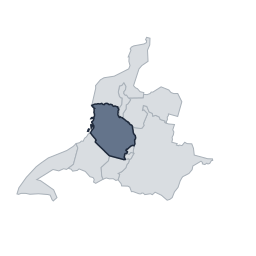 map of United Republic of Tanzania with Democratic Republic of the Congo, Somalia, Kenya and 6 others greyed out, rotated 195°
{"feature_id": "TZA", "entity_name": "United Republic of Tanzania", "entity_type": "country or territory", "adm_level": 0, "iso_a3": "TZA", "parent_name": "Africa", "parent_adm1": "", "projection": "mercator", "projection_center": [35.057, -6.356], "detail": "fine", "context": "with_neighbors", "style": "filled", "palette": "slate", "viewbox_px": 256, "rotation_deg": 195, "n_neighbors": 9, "source": "natural_earth", "source_scale": "50m", "svg_char_len": 8559}
<svg xmlns="http://www.w3.org/2000/svg" viewBox="0 0 256 256"><g transform="rotate(195 128 128)"><path d="M117.0,107.0L118.1,116.9L117.7,119.3L118.6,122.0L121.3,124.6L123.8,130.5L122.0,130.0L114.5,131.4L113.2,134.4L114.2,136.5L112.8,146.8L117.3,149.5L118.6,148.6L119.0,153.7L115.4,153.7L111.8,149.0L108.3,148.4L107.2,145.9L104.4,147.4L100.7,146.7L99.1,144.6L94.0,144.3L93.7,142.8L90.0,142.4L84.0,143.4L84.3,137.8L82.7,136.1L82.4,133.2L83.0,130.4L82.1,128.5L82.0,125.6L76.4,125.6L76.8,124.0L74.4,124.0L74.2,124.8L71.3,125.0L69.5,128.9L66.9,128.2L62.3,129.2L59.5,125.3L57.0,119.0L43.3,118.9L38.4,120.0L37.8,118.6L39.0,118.1L39.9,114.9L41.5,113.9L42.8,114.4L44.3,112.6L46.9,112.6L47.2,114.0L48.9,114.8L55.5,108.1L55.3,104.3L57.4,99.8L62.5,95.2L63.1,93.7L63.9,90.4L64.3,83.6L66.6,78.3L67.3,72.2L69.1,69.9L71.5,68.4L78.3,71.7L85.2,73.0L87.2,69.9L89.3,70.3L94.5,68.0L96.3,69.0L97.8,68.8L98.5,67.7L100.2,67.3L106.7,67.9L108.2,67.4L111.0,71.3L113.1,71.8L119.1,70.4L120.2,72.4L124.2,75.4L124.0,80.9L125.8,81.5L122.5,84.4L119.8,88.9L119.5,92.7L118.5,94.4L118.4,97.9L117.1,99.2L115.8,104.9L117.0,107.0Z" fill="#d9dde1" stroke="#a8b0b8" stroke-width="1"/><path d="M171.3,95.7L171.3,78.8L176.6,72.1L179.6,72.0L183.7,68.7L189.7,68.5L202.8,54.5L198.9,54.5L183.8,49.0L178.6,42.4L181.3,38.2L182.8,39.1L185.8,43.0L188.1,43.0L197.5,41.3L205.6,38.6L209.7,38.4L214.3,37.2L216.5,35.6L218.2,35.6L217.9,42.1L213.4,54.1L206.6,66.9L202.6,72.1L197.2,78.5L181.3,90.4L176.2,96.0L174.1,99.5L171.3,95.7Z" fill="#d9dde1" stroke="#a8b0b8" stroke-width="1"/><path d="M163.0,113.4L156.4,108.8L156.1,106.1L138.5,96.1L138.4,91.2L143.7,82.9L141.1,75.2L138.9,72.0L144.9,66.2L147.3,66.9L147.3,69.5L148.9,71.1L152.1,71.1L158.0,75.0L164.7,75.8L166.0,73.9L170.3,72.0L172.2,73.5L175.3,73.5L171.3,78.8L171.3,95.7L174.1,99.5L170.8,101.4L169.7,103.3L167.9,103.6L167.3,106.9L165.8,108.8L164.9,111.9L163.0,113.4Z" fill="#d9dde1" stroke="#a8b0b8" stroke-width="1"/><path d="M122.0,130.0L133.2,134.7L135.3,136.8L136.5,140.8L134.8,145.9L135.7,149.8L134.2,151.5L132.8,155.9L135.3,157.1L121.2,161.1L121.6,164.5L118.1,165.2L115.5,167.1L114.9,168.7L113.3,169.1L106.7,176.3L98.4,175.3L95.7,173.4L92.7,173.1L88.9,174.2L82.8,167.3L83.0,152.0L92.6,152.1L92.2,150.4L92.9,148.7L92.1,146.4L92.6,144.1L92.1,142.7L93.7,142.8L94.0,144.3L99.1,144.6L100.7,146.7L104.4,147.4L107.2,145.9L108.3,148.4L111.8,149.0L115.4,153.7L119.0,153.7L118.6,148.6L117.3,149.5L112.8,146.8L114.2,136.5L113.2,134.4L114.5,131.4L115.7,130.8L122.0,130.0Z" fill="#d9dde1" stroke="#a8b0b8" stroke-width="1"/><path d="M133.2,134.7L137.7,135.6L140.2,139.1L141.5,145.5L140.2,149.1L141.5,155.3L143.1,155.2L144.8,156.7L146.7,160.2L147.1,166.4L145.1,167.4L143.7,170.7L140.7,167.7L140.3,164.4L141.3,162.1L141.0,160.2L139.2,159.0L137.9,159.4L132.8,155.9L134.2,151.5L135.7,149.8L134.8,145.9L136.5,140.8L135.3,136.8L133.2,134.7Z" fill="#d9dde1" stroke="#a8b0b8" stroke-width="1"/><path d="M141.5,145.5L145.0,145.1L150.6,146.4L155.0,145.7L156.7,144.3L159.4,144.4L164.5,142.5L168.2,139.8L168.9,141.9L169.5,158.2L170.3,160.6L167.1,167.4L164.2,170.3L154.7,174.5L142.6,185.3L142.2,188.8L144.4,192.6L145.3,197.0L146.2,196.7L145.3,204.0L146.4,204.9L145.7,207.0L143.7,208.8L134.3,213.3L132.3,215.2L132.7,217.4L133.9,217.7L133.5,220.4L130.0,220.4L128.5,213.9L129.3,208.2L125.9,197.6L130.8,191.9L132.7,187.9L133.6,170.3L131.2,168.8L129.0,168.4L125.8,166.2L121.9,166.3L121.2,161.1L135.3,157.1L137.9,159.4L139.2,159.0L141.0,160.2L141.3,162.1L140.3,164.4L140.7,167.7L143.7,170.7L145.1,167.4L147.1,166.4L146.7,160.2L144.8,156.7L143.1,155.2L141.5,155.3L140.2,149.1L141.5,145.5Z" fill="#d9dde1" stroke="#a8b0b8" stroke-width="1"/><path d="M122.5,102.9L123.9,107.3L119.2,112.4L117.3,112.6L117.0,107.0L115.8,104.9L118.7,105.2L120.1,102.6L122.5,102.9Z" fill="#d9dde1" stroke="#a8b0b8" stroke-width="1"/><path d="M138.5,96.1L123.9,96.4L119.5,98.4L118.4,97.9L118.5,94.4L119.5,92.7L119.8,88.9L122.5,84.4L125.8,81.5L124.0,80.9L124.2,75.4L126.1,74.2L129.1,75.2L132.8,74.1L136.1,74.1L138.9,72.0L141.1,75.2L143.7,82.9L138.4,91.2L138.5,96.1Z" fill="#d9dde1" stroke="#a8b0b8" stroke-width="1"/><path d="M122.3,97.0L124.1,99.6L123.9,102.3L122.5,102.9L120.1,102.6L118.7,105.2L115.8,104.9L117.1,99.2L118.4,97.9L119.5,98.4L122.3,97.0Z" fill="#d9dde1" stroke="#a8b0b8" stroke-width="1"/><path d="M133.9,135.5L133.6,135.4L133.1,135.1L132.5,134.9L131.9,134.6L131.6,134.3L131.1,134.2L130.7,134.2L130.2,134.0L129.8,133.9L129.4,133.9L129.3,133.7L129.3,133.3L129.1,133.2L128.8,133.1L128.5,133.2L128.2,133.2L127.8,133.0L127.6,132.7L127.5,132.3L127.1,132.0L126.6,131.8L125.4,131.8L125.2,131.7L124.9,131.5L124.5,131.1L124.2,130.7L124.0,130.2L123.8,129.8L123.7,129.4L123.4,128.8L123.0,127.9L122.6,127.2L122.3,126.4L122.1,125.8L121.8,125.2L121.4,124.4L121.1,124.1L120.9,123.8L120.2,123.3L119.4,122.8L119.0,122.5L118.5,121.4L118.2,121.0L118.1,120.4L118.0,119.7L118.0,119.4L118.5,118.5L118.5,118.3L118.5,118.0L118.2,117.2L118.1,116.8L117.9,116.4L117.7,115.7L117.3,114.8L117.2,114.5L117.2,114.2L117.4,113.4L117.6,112.6L117.6,112.4L119.1,112.4L119.3,112.2L120.1,111.7L121.0,110.7L121.2,110.2L121.6,109.6L122.0,109.2L122.2,108.7L122.3,108.4L122.8,107.9L123.3,107.6L123.3,107.4L123.2,107.3L123.3,107.2L123.5,107.1L124.0,106.9L124.1,106.6L124.1,106.2L124.0,105.9L124.1,105.7L123.7,105.5L123.2,105.3L122.8,105.2L122.5,105.1L122.4,105.0L122.3,104.8L122.4,104.6L122.5,104.5L122.6,104.2L122.4,104.0L122.4,103.8L122.8,103.0L122.9,102.8L123.1,102.8L123.4,102.7L123.7,102.7L123.9,102.7L124.1,102.7L124.3,102.2L124.4,101.7L124.4,101.2L124.2,100.8L124.1,100.3L124.2,99.6L124.1,99.0L123.9,98.5L123.7,98.2L123.3,98.1L122.7,97.3L122.5,97.0L122.6,96.7L122.8,96.6L123.1,96.7L123.5,96.6L123.8,96.4L124.1,96.3L124.3,96.4L124.8,96.4L125.6,96.4L126.4,96.4L127.2,96.4L128.1,96.4L128.9,96.4L129.7,96.4L130.5,96.4L131.4,96.4L132.2,96.4L133.0,96.4L133.8,96.4L134.7,96.4L135.5,96.4L136.3,96.4L137.1,96.4L138.0,96.4L138.5,96.4L138.8,96.4L139.1,96.5L139.5,96.7L140.5,97.3L141.5,97.8L142.5,98.4L143.5,98.9L144.5,99.5L145.4,100.1L146.4,100.6L147.4,101.2L148.4,101.7L149.4,102.3L150.4,102.8L151.4,103.4L152.4,103.9L153.4,104.5L154.3,105.0L155.3,105.6L155.8,105.8L155.9,106.0L156.0,106.5L156.0,106.8L156.0,107.0L155.7,107.5L155.6,107.8L155.7,108.0L155.9,108.0L156.1,108.1L156.3,108.6L156.5,108.8L156.9,109.1L157.6,109.6L158.4,110.1L159.1,110.6L159.8,111.1L160.5,111.6L161.2,112.1L161.9,112.7L162.6,113.2L163.0,113.4L163.1,113.5L163.0,113.9L162.7,114.8L162.6,115.2L162.5,115.7L162.4,116.0L162.0,117.3L161.7,117.8L161.2,119.0L161.2,119.9L161.4,120.5L161.5,121.1L162.0,121.7L162.4,121.9L162.7,122.2L163.1,122.8L163.4,123.4L164.3,123.7L164.6,124.4L164.5,124.8L164.1,125.2L163.7,125.8L163.4,126.7L163.4,127.9L163.6,127.7L164.1,128.0L164.1,129.0L163.7,130.1L163.5,130.6L163.5,131.0L163.8,132.3L164.3,133.0L164.2,133.3L165.1,134.5L165.0,135.5L165.3,136.3L165.5,137.0L165.7,137.5L165.7,137.9L165.4,138.3L166.1,138.4L166.5,138.7L166.6,139.1L167.1,139.0L167.4,139.3L167.7,139.4L168.5,140.0L168.8,140.4L168.9,140.5L168.3,140.9L167.5,141.5L166.7,142.2L165.9,142.6L165.3,142.8L164.7,142.9L164.1,143.2L163.6,143.6L162.9,143.8L162.0,143.8L161.1,144.1L160.2,144.7L159.7,145.0L158.9,144.5L158.3,144.3L157.5,144.4L157.1,144.4L156.9,144.5L156.8,144.8L156.7,145.3L156.2,145.8L155.3,146.2L154.5,146.4L153.8,146.3L153.3,146.1L153.1,145.8L152.7,145.7L152.2,145.7L151.8,145.9L151.3,146.3L150.6,146.4L149.6,146.4L149.1,146.2L149.0,145.9L148.6,145.6L147.8,145.2L147.2,145.2L146.8,145.5L146.5,145.8L146.2,145.9L145.9,145.9L145.6,145.8L144.4,145.7L143.4,145.8L143.3,145.6L143.3,145.2L143.0,144.9L142.9,144.7L142.6,144.6L142.4,144.5L142.3,144.1L142.1,143.9L141.9,143.6L141.7,143.4L141.7,143.2L141.9,142.4L142.0,142.0L142.0,141.7L141.9,141.3L141.6,140.8L141.6,140.6L141.6,140.3L141.5,140.1L141.6,139.8L141.5,139.4L141.3,138.7L141.3,138.4L141.1,138.1L140.4,137.2L139.3,136.1L138.9,135.9L138.7,136.1L138.7,136.3L138.7,136.6L138.6,136.8L138.4,136.8L138.2,136.7L137.8,136.5L137.5,136.4L136.7,136.5L136.4,136.5L136.2,136.5L135.8,136.0L135.3,136.0L134.9,135.9L134.2,135.5L133.9,135.5ZM164.4,120.4L164.7,121.4L164.7,121.6L164.4,121.7L164.2,121.5L164.0,121.2L163.9,121.3L163.5,120.9L163.2,120.9L162.9,120.4L163.0,120.0L163.0,119.3L163.3,118.9L163.5,118.3L163.7,118.7L163.8,119.4L164.1,120.1L164.3,120.4L164.4,120.4ZM166.1,114.5L166.1,114.9L166.1,115.6L166.0,116.1L165.8,116.8L165.6,117.0L165.4,116.9L165.2,116.8L165.1,116.6L165.3,115.5L165.2,114.6L165.7,114.7L166.1,114.5ZM165.4,128.8L165.1,128.9L164.9,128.6L165.1,128.5L165.4,128.1L166.0,127.7L166.2,127.3L166.3,127.3L166.2,127.6L165.9,128.5L165.6,128.5L165.4,128.8Z" fill="#64748b" stroke="#1e293b" stroke-width="1.5"/></g></svg>